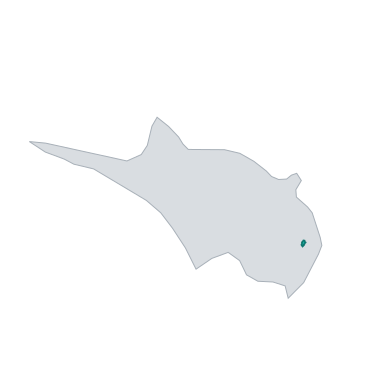 location of Axylou, Paphos, Cyprus, rotated 230°
{"feature_id": "46923920B14417206276385", "entity_name": "Axylou", "entity_type": "district", "adm_level": 2, "iso_a3": "CYP", "parent_name": "Cyprus", "parent_adm1": "Paphos", "projection": "equal_earth", "projection_center": [32.554, 34.805], "detail": "fine", "context": "in_parent", "style": "filled", "palette": "teal", "viewbox_px": 384, "rotation_deg": 230, "n_neighbors": 0, "source": "geoboundaries", "source_scale": "gbopen_adm2", "svg_char_len": 1712}
<svg xmlns="http://www.w3.org/2000/svg" viewBox="0 0 384 384"><g transform="rotate(230 192 192)"><path d="M268.2,203.7L271.7,213.3L257.2,216.2L242.7,217.1L234.6,215.9L227.0,216.5L203.5,244.1L190.9,253.5L175.8,259.1L160.4,262.4L152.7,262.9L145.9,266.4L141.1,272.8L141.0,279.0L139.0,284.2L130.5,283.1L127.0,273.0L121.0,268.7L106.1,270.9L98.8,270.7L74.8,261.0L67.6,257.1L63.1,248.9L50.8,219.3L48.8,197.4L60.2,203.0L71.0,196.2L81.3,185.1L93.5,180.5L101.2,182.5L108.8,184.4L122.5,180.9L128.4,164.5L130.3,145.5L153.4,151.0L176.9,153.8L196.1,154.7L215.0,151.6L272.9,131.5L289.2,119.4L299.3,115.3L316.9,105.3L335.2,99.8L323.5,111.3L257.6,162.1L253.3,177.2L256.4,187.7L265.8,200.4L268.2,203.7Z" fill="#d9dde1" stroke="#a8b0b8" stroke-width="1"/><path d="M79.3,243.0L79.2,243.4L79.2,243.5L79.3,243.7L79.5,243.7L79.7,243.8L79.8,243.8L80.0,243.8L79.9,244.1L80.0,244.4L79.9,244.6L79.8,244.8L79.9,245.0L80.1,245.2L80.3,245.5L80.2,245.9L80.2,246.2L80.2,246.3L80.2,246.5L80.3,246.7L80.5,246.6L80.7,246.4L80.9,246.5L81.0,246.5L81.1,246.4L81.2,246.5L81.4,246.6L81.6,246.5L81.7,246.2L81.9,245.9L81.8,246.4L81.7,246.6L81.8,246.8L82.0,246.9L82.3,246.8L82.5,247.0L82.9,246.7L83.0,246.4L83.3,246.3L83.4,246.2L83.3,245.9L83.2,245.8L83.1,245.6L83.0,245.3L82.9,245.1L83.0,244.9L83.0,244.7L83.0,244.4L83.0,244.2L82.9,244.0L82.8,243.8L82.6,243.9L82.4,243.8L82.2,243.8L82.2,243.7L82.0,243.4L82.0,243.2L81.9,243.1L81.8,242.9L81.7,242.8L81.7,242.7L81.6,242.4L81.5,242.2L81.4,242.1L81.3,241.9L81.2,241.9L80.9,241.8L80.7,241.8L80.6,241.6L80.4,241.6L80.1,241.7L79.9,241.6L79.7,241.6L79.3,241.9L79.1,241.8L79.1,242.0L79.3,242.0L79.5,242.3L79.7,242.5L79.5,242.8L79.4,242.9L79.3,243.0Z" fill="#14b8a6" stroke="#0f766e" stroke-width="1.5"/></g></svg>